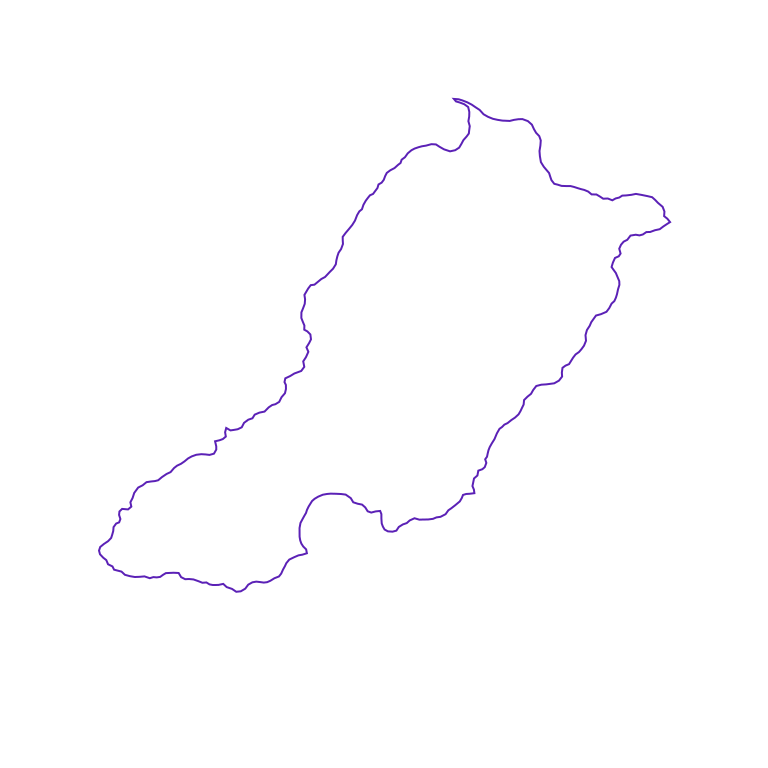 outline of Comendador Gomes, Minas Gerais, Brazil, rotated 302°
{"feature_id": "56859067B18918889331933", "entity_name": "Comendador Gomes", "entity_type": "district", "adm_level": 2, "iso_a3": "BRA", "parent_name": "Brazil", "parent_adm1": "Minas Gerais", "projection": "albers", "projection_center": [-49.083, -19.671], "detail": "fine", "context": "isolated", "style": "outline", "palette": "violet", "viewbox_px": 768, "rotation_deg": 302, "n_neighbors": 0, "source": "geoboundaries", "source_scale": "gbopen_adm2", "svg_char_len": 5247}
<svg xmlns="http://www.w3.org/2000/svg" viewBox="0 0 768 768"><g transform="rotate(302 384 384)"><path d="M89.1,233.4L87.9,238.0L87.5,241.8L84.9,245.5L85.4,250.4L83.5,253.5L84.5,256.7L85.8,260.8L84.9,265.4L86.4,270.4L88.3,275.0L91.1,279.1L93.9,282.8L95.2,288.3L98.0,290.7L99.6,293.8L101.8,296.4L105.0,297.7L108.0,299.2L110.1,302.2L112.5,305.7L114.9,310.0L112.7,314.3L113.1,318.8L115.3,322.0L117.3,326.0L118.5,331.4L119.2,335.3L121.6,338.6L121.6,342.2L122.8,345.3L125.8,350.0L129.3,353.6L128.4,358.2L129.7,363.7L129.5,368.8L132.3,372.4L136.9,374.8L141.9,375.2L146.1,377.5L148.7,380.4L150.2,383.5L151.9,387.3L154.0,389.9L156.9,391.9L161.2,394.0L165.1,396.9L168.7,397.3L173.1,396.7L177.1,396.5L180.3,396.1L184.9,396.7L189.5,399.6L193.4,402.3L196.0,405.2L199.6,408.3L202.5,405.6L203.4,401.6L204.9,398.4L207.0,395.8L209.7,393.4L213.3,391.1L217.1,388.7L221.9,386.8L226.3,386.5L229.9,386.3L233.3,386.2L236.4,385.4L240.2,385.0L246.6,385.0L249.9,386.0L253.6,387.9L257.7,390.8L260.5,393.9L262.7,396.8L265.6,401.7L268.0,406.0L269.9,410.1L269.6,416.3L267.4,420.6L268.5,425.1L270.1,429.3L269.4,433.5L267.4,437.6L268.2,441.3L271.5,444.4L274.3,448.0L272.3,450.7L268.5,453.1L264.5,456.0L262.5,458.6L260.9,461.6L261.1,465.4L263.3,469.5L266.2,472.2L270.6,472.3L274.9,474.4L278.1,477.0L281.9,478.1L286.3,481.0L287.7,485.9L289.6,488.7L292.5,493.2L295.6,497.0L298.7,499.2L301.3,502.3L306.2,505.2L311.0,505.5L314.2,506.9L318.8,508.6L324.6,510.5L328.5,510.4L331.8,509.8L334.3,512.0L336.3,514.8L339.3,518.5L342.1,516.2L344.3,513.1L347.3,512.0L351.6,510.4L355.9,511.7L360.5,509.9L363.9,512.6L366.9,513.5L371.3,512.6L373.8,509.7L376.9,509.9L379.9,508.8L383.2,507.7L386.5,507.1L390.7,506.9L395.8,506.9L402.0,505.9L407.2,505.7L410.1,506.9L413.3,507.6L416.3,509.5L420.9,511.1L424.9,512.9L429.6,514.2L433.4,514.1L436.7,513.7L440.6,513.3L444.6,511.3L449.3,512.4L453.6,513.9L458.0,513.7L463.0,514.2L466.8,517.8L469.6,521.7L471.9,524.5L474.8,528.0L479.6,530.6L484.7,531.1L487.9,528.8L492.3,526.8L495.8,528.2L498.9,530.4L503.0,530.4L506.6,530.4L510.6,530.8L514.4,532.4L518.2,533.0L522.5,533.3L527.7,532.4L532.2,529.0L537.3,527.5L542.4,527.6L546.3,527.0L549.6,527.2L554.4,527.5L558.2,531.0L563.1,534.4L567.7,534.8L572.8,534.4L576.4,535.4L580.2,534.9L583.6,534.0L588.3,532.3L592.8,531.1L595.9,529.0L598.3,525.6L601.0,521.8L602.4,518.3L603.8,515.0L608.2,513.8L613.3,513.1L616.7,515.4L620.0,515.5L623.4,511.8L627.7,511.2L631.7,511.8L635.2,513.9L640.5,514.4L644.0,518.4L645.4,521.9L648.0,524.3L651.9,526.0L653.9,529.1L658.0,532.3L661.4,535.8L665.6,537.4L669.8,539.3L672.9,540.8L674.3,536.8L674.8,532.6L678.9,530.4L681.9,526.4L682.8,520.3L683.8,516.4L684.5,512.4L683.0,508.0L680.8,502.1L678.7,496.9L675.5,493.5L672.3,489.5L670.0,486.2L666.8,484.7L664.1,482.1L660.8,480.3L659.9,475.5L657.3,471.7L657.4,467.9L657.3,463.7L654.8,459.6L655.4,455.2L654.7,451.0L653.6,447.6L652.7,444.3L651.8,440.7L650.7,437.3L648.4,433.6L646.1,429.6L645.1,425.7L644.0,422.3L645.6,418.0L647.6,415.5L650.4,412.2L651.6,408.4L652.9,404.4L655.3,399.5L659.8,395.5L664.0,392.4L669.0,390.3L673.6,387.9L676.5,384.3L677.6,379.9L679.6,376.1L682.3,372.0L683.2,366.7L682.0,361.0L679.8,357.7L676.9,354.3L673.7,351.2L671.8,347.8L670.1,344.8L668.2,340.3L666.6,335.8L665.7,330.6L665.5,325.5L667.1,319.9L667.2,315.1L667.4,310.4L667.0,305.3L666.0,300.1L665.0,296.4L662.8,292.2L661.8,295.3L662.8,298.8L663.8,303.8L663.5,308.6L659.9,312.2L656.0,314.5L651.6,316.3L648.1,320.1L644.3,321.8L641.4,323.2L637.6,322.9L632.9,322.1L628.8,322.4L624.3,322.5L620.0,320.5L616.3,316.7L614.8,310.5L614.6,305.2L614.7,301.1L612.5,297.1L608.4,293.3L605.7,290.2L603.1,287.8L599.9,285.2L596.8,283.4L592.2,281.9L587.4,281.6L583.6,280.1L580.2,280.9L577.3,279.8L572.7,278.5L568.6,276.1L564.5,274.5L561.0,274.8L557.0,275.6L553.5,275.3L550.3,273.6L546.7,274.6L543.3,274.3L539.4,274.0L536.6,272.1L533.3,271.7L529.8,271.4L525.1,271.6L520.5,272.7L517.3,271.6L513.0,271.7L507.2,272.8L502.1,272.8L497.3,272.2L491.8,271.4L486.9,271.0L484.1,272.8L481.0,275.0L475.7,276.1L471.3,275.9L467.5,276.8L463.6,278.1L460.0,279.7L454.8,279.7L450.1,278.6L447.0,278.0L443.5,277.3L439.8,275.2L435.3,273.7L431.4,272.4L429.0,269.5L424.8,269.1L421.2,269.2L417.4,269.3L414.0,272.2L410.0,274.3L405.6,275.2L401.0,276.0L396.2,278.9L393.8,282.1L391.4,285.5L387.8,287.6L388.0,291.1L387.0,295.3L383.2,298.4L379.1,298.8L374.0,298.8L371.2,302.8L365.4,303.6L360.4,303.5L356.3,307.3L351.2,306.9L345.4,302.4L341.0,300.2L336.5,297.3L332.9,298.6L331.2,301.3L327.8,303.5L323.7,304.9L318.5,304.1L313.3,304.6L309.3,302.6L306.9,300.3L303.1,298.6L297.3,297.3L293.7,293.5L289.5,290.6L285.2,290.6L281.8,287.8L276.9,285.9L271.9,286.3L268.1,283.9L265.5,281.0L263.3,278.4L263.1,273.5L258.9,274.8L255.6,277.7L251.9,276.5L249.1,274.3L245.9,271.1L242.2,274.8L239.5,276.5L234.8,276.7L231.4,273.6L229.7,270.0L227.7,266.3L224.5,262.3L220.7,259.3L217.1,257.3L212.6,255.8L208.7,254.1L205.1,251.8L201.5,250.5L196.2,249.7L192.5,247.3L187.3,245.0L182.7,243.5L180.3,241.2L177.9,238.1L174.9,234.6L170.2,233.0L165.9,230.4L159.3,229.9L154.1,231.2L149.3,231.6L146.1,234.7L142.0,233.4L139.3,228.1L135.7,227.2L132.6,228.7L129.8,232.0L126.3,232.7L123.7,230.8L119.3,230.5L115.8,232.3L112.4,233.3L108.9,234.2L104.5,233.3L100.1,231.3L95.4,229.7L91.7,230.6L89.1,233.4Z" fill="none" stroke="#5b21b6" stroke-width="2"/></g></svg>